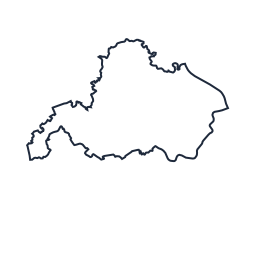 the district of Can Giuoc, Long An, Vietnam, rotated 311°
{"feature_id": "81297802B44556348511886", "entity_name": "Can Giuoc", "entity_type": "district", "adm_level": 2, "iso_a3": "VNM", "parent_name": "Vietnam", "parent_adm1": "Long An", "projection": "orthographic", "projection_center": [106.662, 10.577], "detail": "fine", "context": "isolated", "style": "outline", "palette": "slate", "viewbox_px": 256, "rotation_deg": 311, "n_neighbors": 0, "source": "geoboundaries", "source_scale": "gbopen_adm2", "svg_char_len": 5697}
<svg xmlns="http://www.w3.org/2000/svg" viewBox="0 0 256 256"><g transform="rotate(311 128 128)"><path d="M51.8,84.5L54.1,85.0L55.7,85.0L57.7,84.4L60.5,84.1L60.7,83.6L60.2,82.0L60.2,80.7L62.1,78.7L62.5,77.2L64.5,74.7L65.3,74.6L65.7,74.8L67.1,76.0L67.6,76.0L67.3,74.4L69.3,74.0L70.5,73.6L71.6,73.0L72.1,73.0L73.6,73.5L75.5,74.3L77.0,75.2L78.8,76.5L79.7,76.9L80.8,77.0L84.6,76.1L85.1,76.2L85.4,76.4L85.6,77.2L84.5,79.4L84.7,79.9L85.2,80.0L85.0,80.8L83.8,82.4L83.7,82.9L83.8,83.5L84.9,86.0L84.8,87.4L84.0,88.3L83.7,89.1L83.0,91.7L81.7,92.0L80.9,94.3L79.9,98.4L80.0,98.8L81.3,99.8L84.2,101.6L84.9,102.3L85.6,104.0L85.7,105.0L85.0,109.0L85.1,109.5L86.0,110.3L86.0,111.3L85.9,112.0L82.1,111.7L81.4,111.8L80.8,112.1L80.4,113.9L81.1,116.8L81.3,118.6L81.9,119.1L82.7,119.3L83.3,119.3L84.3,118.8L85.0,118.8L85.5,119.0L85.7,119.8L86.1,124.0L86.5,125.6L86.6,128.5L88.6,129.9L89.1,130.0L89.4,129.6L89.5,128.9L89.3,128.5L89.6,127.9L89.8,127.8L90.7,128.1L91.6,128.7L98.3,134.3L98.4,135.8L97.9,137.1L98.2,137.5L99.0,137.7L99.5,138.2L100.8,140.0L101.0,141.7L100.7,143.8L104.2,144.9L105.2,144.4L112.0,146.2L113.2,146.3L117.9,149.7L118.6,150.4L118.3,151.5L116.8,153.2L116.7,153.5L117.1,153.6L118.4,153.3L118.1,153.9L117.1,155.2L117.1,155.8L117.7,156.0L118.4,155.8L118.9,156.0L119.0,156.4L118.6,157.7L118.8,158.0L119.2,158.1L120.7,157.8L121.2,157.8L121.6,158.1L122.9,159.5L125.5,159.7L125.8,160.0L126.6,161.3L126.8,161.4L127.3,161.2L128.4,160.1L129.8,160.1L132.2,160.5L132.4,160.8L132.8,164.3L133.9,167.3L134.1,169.7L133.7,172.5L131.2,177.7L130.8,179.1L130.9,180.7L131.3,181.8L132.9,184.1L133.5,184.7L134.1,184.9L135.1,185.0L137.8,183.9L139.1,183.6L140.2,183.7L141.4,184.3L142.6,186.6L143.6,191.1L147.2,196.6L148.2,197.7L149.5,198.2L152.2,197.9L153.2,197.4L154.7,196.3L156.0,195.0L157.4,194.4L164.3,194.2L165.4,193.9L166.5,193.3L167.8,193.1L175.7,193.1L177.8,193.3L179.4,194.0L180.5,194.0L181.2,193.8L181.7,193.3L182.1,192.6L183.0,188.8L183.3,188.2L184.1,187.7L184.8,187.6L188.8,188.0L189.4,187.9L190.3,187.4L191.5,186.3L192.8,183.8L193.3,183.1L195.1,182.3L196.0,182.4L197.1,182.8L200.3,185.4L203.1,187.4L208.6,190.4L210.7,186.0L213.8,181.5L214.8,179.6L215.8,176.6L216.2,174.8L216.2,172.6L214.6,161.3L211.0,144.4L210.6,139.6L210.8,136.9L211.2,134.9L212.9,130.6L213.9,128.9L211.7,127.1L210.1,126.4L209.1,126.5L207.3,127.0L206.3,128.2L205.6,128.1L205.2,127.9L204.8,127.2L204.8,126.7L205.2,126.3L206.1,125.9L206.9,125.1L207.9,124.6L208.5,123.8L208.6,123.2L208.5,122.3L208.0,121.2L207.2,120.5L206.3,120.1L205.6,120.0L205.0,120.3L204.5,121.1L204.6,123.6L203.4,124.5L202.8,125.4L201.3,125.9L200.5,125.9L199.4,125.6L197.7,122.1L197.6,121.6L198.0,121.1L197.9,120.8L196.9,121.1L196.3,120.9L195.9,120.5L195.5,119.4L194.7,118.4L194.7,117.6L195.1,116.4L195.0,114.3L194.8,113.9L192.3,111.8L192.3,110.6L193.2,109.3L193.5,108.5L193.4,108.1L192.3,106.9L191.5,105.7L191.2,104.8L191.0,103.2L191.2,102.9L191.6,102.6L193.2,102.5L193.7,102.3L193.9,101.7L194.0,101.0L194.4,99.2L195.1,98.1L195.3,97.9L196.5,98.5L197.5,98.5L198.2,99.6L199.1,100.5L199.6,100.1L200.5,100.5L201.5,100.6L202.9,99.6L201.8,97.8L201.0,97.5L200.0,98.0L199.7,97.8L199.3,97.0L198.4,94.3L198.7,93.7L199.4,94.2L199.8,93.9L200.4,92.7L200.3,90.8L202.0,88.5L202.0,88.2L201.7,87.7L199.6,87.5L199.1,87.1L199.0,86.5L199.7,83.8L200.3,83.4L201.7,84.2L202.1,84.2L203.2,83.2L202.6,81.7L201.5,79.7L201.4,79.4L201.8,79.4L201.1,77.6L200.3,76.7L197.2,75.4L196.8,75.0L196.3,73.8L195.9,73.3L194.8,72.4L194.6,72.0L194.6,69.8L194.4,69.0L194.0,68.5L193.3,68.3L191.9,68.8L190.8,68.6L188.3,66.5L185.4,64.7L184.4,64.4L182.3,65.0L181.1,64.9L179.0,63.9L178.1,62.2L176.6,62.4L175.4,61.5L175.0,61.6L172.4,63.6L172.1,64.6L171.7,65.0L170.2,65.3L167.6,66.1L167.0,66.1L166.6,65.8L166.6,65.6L166.7,64.7L166.5,63.7L165.0,61.9L164.3,60.3L163.8,59.6L162.4,59.2L162.8,62.2L162.7,62.9L162.2,64.1L159.3,66.3L158.4,67.2L157.8,68.4L157.2,68.9L155.7,69.3L153.6,69.4L152.7,69.7L152.3,70.2L152.1,71.6L150.6,72.3L149.5,73.9L149.0,74.2L147.5,74.3L146.3,73.1L146.3,74.5L146.0,74.9L145.8,74.9L145.8,74.0L145.6,73.9L145.0,74.6L144.8,74.1L144.2,74.0L143.6,73.5L143.4,73.5L143.3,73.9L143.0,74.2L142.7,74.1L142.2,73.6L141.9,73.7L141.4,73.5L140.8,73.7L140.6,73.3L140.8,72.7L141.1,72.5L141.3,71.9L139.1,70.8L138.1,70.5L137.8,70.6L137.6,70.8L137.5,71.6L138.1,73.5L137.6,74.9L135.6,74.1L135.1,74.7L134.9,75.4L134.1,76.1L134.1,76.7L134.9,77.5L134.9,78.4L135.2,79.2L135.0,79.7L134.2,79.7L133.2,79.4L131.2,79.2L129.8,78.2L129.1,78.2L128.7,78.5L128.6,79.2L126.9,82.6L125.5,84.0L122.8,84.3L122.5,84.7L121.9,85.2L121.2,85.5L120.0,85.4L119.6,85.6L119.3,86.3L118.3,84.7L117.6,84.0L117.0,83.8L116.2,83.9L115.0,85.4L114.8,84.4L114.8,83.4L115.7,82.3L115.0,80.4L115.1,79.5L114.9,76.9L116.2,76.5L115.5,74.8L115.7,74.5L115.4,74.1L114.9,74.1L115.0,73.2L114.6,72.1L114.2,71.9L113.7,72.0L112.8,73.1L111.8,73.4L111.1,73.9L109.2,73.6L107.7,72.6L108.3,70.3L109.2,70.2L110.2,69.5L110.3,69.2L110.0,68.1L110.4,67.8L110.8,67.1L106.5,65.4L104.5,63.7L93.9,57.8L93.1,58.9L92.8,59.9L92.3,60.8L91.8,62.1L91.0,63.0L90.9,63.9L90.7,64.2L89.8,64.3L89.9,64.6L89.6,64.2L89.3,63.3L88.6,62.7L86.1,61.8L85.4,61.7L85.6,64.2L82.4,64.8L82.2,64.0L81.7,64.0L81.3,62.1L78.8,62.5L77.6,62.5L75.7,61.9L75.3,61.3L75.2,60.4L73.6,60.4L72.5,60.2L72.2,60.3L71.2,61.4L71.0,62.0L71.0,63.4L71.9,63.5L71.7,64.8L71.2,65.5L70.1,66.0L69.7,65.6L68.4,65.5L68.2,65.1L67.3,65.2L66.8,65.1L66.6,63.1L67.0,61.5L63.5,59.4L62.3,59.6L60.8,59.4L60.6,61.4L60.2,62.0L59.6,62.4L57.8,62.1L56.4,63.6L54.7,63.4L54.5,64.0L54.6,65.1L54.5,65.4L53.3,65.3L52.5,64.4L51.9,64.2L51.7,63.9L51.5,63.2L48.8,63.2L48.3,64.2L42.6,71.9L39.8,75.0L41.3,76.5L43.9,76.9L44.8,77.6L45.7,79.2L46.1,79.5L47.3,79.9L47.7,80.5L47.9,82.3L49.1,83.5L50.8,83.1L51.8,84.5Z" fill="none" stroke="#1e293b" stroke-width="2"/></g></svg>